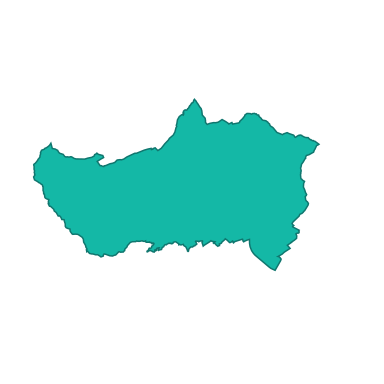 the district of Fieni, Dâmbovita, Romania, rotated 333°
{"feature_id": "2599482B92838501845888", "entity_name": "Fieni", "entity_type": "district", "adm_level": 2, "iso_a3": "ROU", "parent_name": "Romania", "parent_adm1": "Dâmbovita", "projection": "robinson", "projection_center": [25.406, 45.133], "detail": "fine", "context": "isolated", "style": "filled", "palette": "teal", "viewbox_px": 384, "rotation_deg": 333, "n_neighbors": 0, "source": "geoboundaries", "source_scale": "gbopen_adm2", "svg_char_len": 6023}
<svg xmlns="http://www.w3.org/2000/svg" viewBox="0 0 384 384"><g transform="rotate(333 192 192)"><path d="M326.8,207.1L324.5,202.5L323.9,202.2L323.4,201.2L322.5,200.9L321.7,199.3L321.3,199.3L320.6,197.8L320.2,196.3L318.4,195.3L317.4,194.5L315.5,191.9L315.5,191.4L314.1,190.2L313.4,190.4L312.7,189.9L308.9,190.2L308.5,189.5L308.5,187.9L308.3,187.4L305.1,184.1L303.7,182.3L300.0,181.8L298.7,182.0L294.7,177.5L293.5,171.8L293.0,170.6L292.3,169.7L291.7,168.1L292.0,166.7L291.3,165.0L291.2,163.9L290.8,163.5L290.4,162.4L289.4,161.4L287.8,160.3L287.0,158.9L287.2,158.1L286.0,155.0L286.4,154.0L286.3,153.6L285.2,153.1L285.0,152.8L284.8,151.6L284.0,151.3L283.5,150.4L281.5,149.6L280.4,149.7L279.4,148.5L276.7,147.0L274.1,147.4L273.2,148.4L271.5,149.0L270.8,149.5L266.7,150.7L266.0,151.5L265.1,151.7L259.1,149.9L259.1,148.2L255.7,148.1L255.6,147.5L253.9,144.4L251.7,141.1L247.1,141.7L244.5,141.0L242.8,140.0L238.9,138.9L236.2,138.7L235.6,136.1L236.4,134.7L237.2,132.2L236.1,128.1L237.6,124.1L238.0,121.7L237.5,119.7L237.2,115.9L236.9,114.4L236.9,112.7L236.6,112.1L236.3,110.5L235.4,110.9L233.7,112.6L233.0,112.8L232.0,112.6L230.1,113.9L229.0,114.1L228.5,114.9L228.0,114.8L227.0,115.7L226.0,115.8L225.0,116.5L224.1,116.5L223.5,115.9L222.5,115.7L221.0,116.2L220.9,116.7L219.8,117.5L219.9,118.0L220.3,118.1L219.5,119.3L219.1,119.5L218.8,118.8L217.7,118.5L214.9,119.0L211.8,121.1L209.4,124.4L208.3,125.4L208.1,126.8L207.0,127.4L204.0,130.8L201.1,132.8L196.3,133.9L194.3,135.1L189.9,136.6L184.5,139.1L180.4,139.6L179.2,135.9L176.9,135.6L176.6,136.1L175.1,135.8L175.4,134.6L172.1,133.7L168.4,133.0L160.2,132.3L158.6,131.5L149.9,131.2L145.9,131.7L143.5,131.2L142.6,130.5L139.8,129.5L136.6,130.6L134.2,130.3L131.8,129.6L127.2,129.3L125.6,128.8L125.0,129.3L123.9,128.5L123.4,127.6L122.8,127.1L122.1,126.9L121.4,121.7L125.4,121.3L128.9,121.2L129.1,119.0L125.7,116.0L124.9,114.2L124.3,114.5L122.2,114.5L121.2,115.5L118.4,115.6L114.5,114.5L111.4,114.0L103.7,109.9L102.1,108.4L101.1,106.6L100.2,105.6L98.3,105.1L96.8,104.0L95.6,103.6L94.7,102.5L94.3,100.0L91.6,97.3L91.2,95.6L91.2,93.8L90.5,93.0L89.7,91.7L87.3,89.8L88.4,84.5L86.5,85.6L84.9,86.1L82.4,86.5L80.8,86.3L79.9,86.8L76.9,86.5L74.8,88.2L74.5,89.2L73.0,90.7L72.4,91.8L70.2,92.9L69.6,93.0L69.2,93.5L67.2,94.5L65.3,95.3L64.1,95.4L63.3,95.9L62.9,97.6L61.6,100.0L61.3,101.8L60.3,103.0L60.2,104.1L59.8,104.6L59.8,105.5L57.7,106.7L57.2,109.7L59.3,112.9L59.6,113.9L60.4,114.7L61.3,116.8L61.8,117.4L61.8,118.4L61.5,119.4L61.7,119.7L59.9,123.2L59.9,124.3L59.0,126.3L59.5,126.9L58.5,129.8L58.6,130.9L59.5,132.3L61.0,133.7L59.6,135.4L59.3,137.0L58.9,136.7L58.6,137.1L58.5,139.5L58.6,140.0L59.1,140.2L59.6,140.9L61.0,144.7L60.6,146.3L61.7,148.6L61.9,152.7L63.2,153.1L63.7,155.2L63.5,157.4L65.5,158.6L65.0,160.1L64.6,162.8L63.5,165.1L63.6,166.5L64.4,167.7L66.5,169.7L65.7,171.3L65.7,172.3L66.1,174.9L66.6,175.6L68.8,176.5L70.9,177.8L71.5,178.6L73.6,182.5L73.8,184.6L72.7,187.5L72.9,191.1L72.4,193.2L72.6,194.7L72.3,195.5L71.6,195.6L71.5,196.6L71.1,197.4L72.1,197.4L72.8,200.2L74.4,201.6L75.7,202.3L77.6,204.2L79.4,205.0L80.7,207.0L81.2,208.3L81.7,208.6L83.9,208.8L84.5,207.8L85.5,207.3L86.9,208.4L89.8,211.5L92.2,213.0L94.1,213.1L95.4,213.5L99.7,212.0L100.2,212.3L100.8,213.1L103.6,214.3L104.4,213.8L105.4,213.7L106.1,212.5L109.2,211.4L110.0,210.5L114.2,208.9L116.3,209.2L119.3,210.7L120.4,210.5L121.3,211.3L123.0,212.2L125.3,212.8L125.8,213.1L126.0,213.7L127.4,214.5L128.4,214.5L128.1,215.1L128.3,215.9L131.0,217.3L131.3,217.2L131.8,218.2L132.5,218.2L132.7,218.6L132.9,219.9L133.9,219.6L134.3,219.9L134.7,220.5L134.2,221.2L132.5,222.0L131.5,222.0L130.7,223.2L129.3,223.3L128.6,222.7L128.2,222.7L127.1,223.7L125.8,224.3L125.1,224.3L124.8,224.8L125.3,225.2L126.5,224.8L128.3,225.2L129.5,226.6L129.7,227.2L131.0,228.4L131.9,227.9L133.1,227.9L132.3,227.1L132.4,226.8L133.1,226.8L134.0,227.5L134.2,226.8L134.8,226.4L134.9,226.8L136.0,226.6L136.3,226.3L137.4,226.8L136.0,227.8L135.6,228.4L135.7,228.9L136.5,228.8L138.7,229.4L140.3,227.9L141.9,227.9L143.2,226.9L144.2,226.7L145.0,227.4L146.4,227.1L148.4,227.2L149.0,227.9L149.9,228.0L150.0,228.6L150.5,229.0L151.7,229.1L152.4,228.4L154.1,228.6L154.9,229.0L156.4,231.7L156.6,232.4L156.3,233.0L157.3,233.1L157.5,233.7L158.3,234.2L160.5,234.7L160.4,235.9L160.6,236.5L161.4,237.7L161.6,238.4L161.5,241.5L161.2,242.5L161.5,243.2L161.9,243.2L162.8,242.1L163.0,241.5L163.8,241.3L164.7,240.8L166.0,240.5L167.6,241.3L168.8,240.9L170.2,241.2L170.8,240.8L172.3,240.8L172.7,240.5L172.7,237.6L172.9,237.5L173.9,237.9L175.5,239.0L175.5,239.4L177.2,239.4L179.1,240.4L178.8,241.1L178.0,241.6L177.4,245.3L178.5,245.0L185.1,244.4L186.8,244.0L187.1,244.7L189.8,246.7L187.9,247.1L188.2,247.8L189.0,247.7L189.5,250.2L190.4,252.1L191.5,251.9L192.2,252.2L192.9,250.7L193.3,251.0L195.0,250.9L196.0,250.2L199.6,249.3L200.4,248.8L201.5,251.0L202.5,254.1L203.5,254.5L205.9,254.1L206.1,254.7L205.7,255.5L205.9,256.2L207.2,255.7L208.1,255.7L215.4,256.9L215.6,257.0L215.2,259.1L215.5,259.9L216.0,259.7L219.4,259.9L221.7,260.3L219.9,264.0L218.9,267.2L218.5,271.3L218.9,274.7L219.5,276.9L226.6,293.8L227.7,296.0L230.5,299.5L239.8,293.4L240.9,292.3L240.9,291.6L240.6,290.9L240.7,290.5L239.9,288.9L239.4,288.5L244.1,288.3L246.9,287.5L253.8,286.8L252.8,282.7L257.6,282.1L257.5,281.9L261.4,281.4L264.1,280.8L265.4,278.7L265.6,276.5L266.9,276.4L268.4,277.0L268.9,276.8L269.4,276.1L269.5,275.0L270.1,274.7L266.0,269.0L266.0,268.4L267.5,268.0L266.9,266.8L266.8,265.5L268.6,264.5L276.5,262.1L277.6,261.1L278.2,260.8L280.2,261.0L282.0,260.5L282.8,260.0L283.9,259.8L289.4,256.4L290.4,255.3L290.6,254.8L290.4,254.3L290.4,253.2L289.8,251.9L289.7,250.6L290.8,247.5L292.2,247.0L293.0,246.3L292.9,244.0L293.4,241.2L293.5,238.2L295.4,235.0L297.1,233.6L295.8,231.6L295.7,230.6L295.2,229.8L295.2,229.2L296.6,225.7L297.4,224.9L297.4,224.3L298.2,223.7L299.0,222.4L299.6,219.9L300.5,219.2L302.2,217.0L304.8,215.7L307.5,213.9L308.7,213.5L308.9,212.6L310.5,211.4L313.2,211.9L318.4,211.7L320.0,210.2L321.1,209.6L324.1,207.2L325.5,207.3L326.8,207.1Z" fill="#14b8a6" stroke="#0f766e" stroke-width="1.5"/></g></svg>